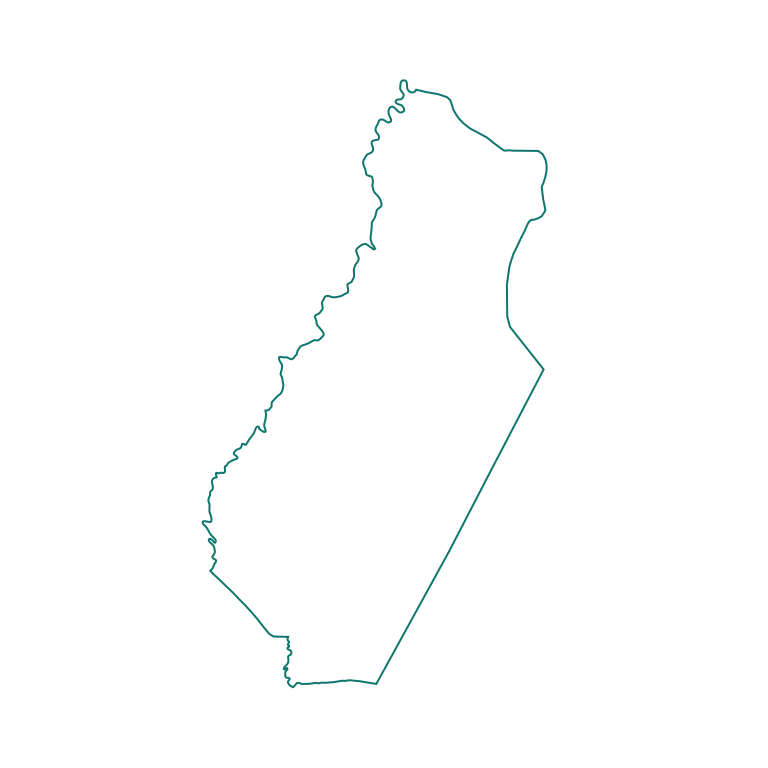 the district of Su-Ngai Kolok, Narathiwat, Thailand, rotated 162°
{"feature_id": "78962969B19527388455587", "entity_name": "Su-Ngai Kolok", "entity_type": "district", "adm_level": 2, "iso_a3": "THA", "parent_name": "Thailand", "parent_adm1": "Narathiwat", "projection": "natural_earth1", "projection_center": [102.011, 6.069], "detail": "fine", "context": "isolated", "style": "outline", "palette": "teal", "viewbox_px": 768, "rotation_deg": 162, "n_neighbors": 0, "source": "geoboundaries", "source_scale": "gbopen_adm2", "svg_char_len": 6166}
<svg xmlns="http://www.w3.org/2000/svg" viewBox="0 0 768 768"><g transform="rotate(162 384 384)"><path d="M606.9,260.2L606.1,258.1L592.0,232.0L587.7,222.9L584.4,216.4L580.3,207.5L576.9,199.1L573.6,190.0L570.4,181.9L567.1,178.0L553.3,173.1L554.3,171.8L554.8,170.5L554.7,169.7L554.0,168.3L554.0,167.7L555.4,166.6L555.9,165.7L555.9,165.3L555.2,164.4L555.2,163.9L555.6,163.4L557.1,163.1L557.5,162.5L557.5,161.9L557.2,161.3L555.5,159.8L555.1,159.1L555.1,157.5L555.4,156.2L556.4,155.4L558.5,155.0L559.2,154.6L559.7,153.7L560.3,150.5L561.1,148.9L562.5,147.5L565.9,145.7L566.9,144.8L567.3,144.1L567.3,143.7L566.9,143.4L564.5,143.9L564.0,143.7L563.9,143.3L563.9,142.9L564.3,142.3L566.1,141.2L566.8,140.5L567.4,139.3L568.0,137.4L568.1,136.2L567.8,135.1L567.4,134.7L565.5,134.0L565.0,133.5L564.8,133.0L564.9,132.5L565.2,132.1L567.0,130.9L567.5,130.2L567.6,129.7L567.5,128.8L566.8,126.7L564.4,123.8L563.6,123.9L559.4,126.4L558.9,126.5L558.1,126.4L557.1,126.0L555.1,124.2L550.0,122.6L547.6,121.9L541.1,120.8L538.4,119.4L536.0,119.4L532.6,118.1L526.4,116.6L523.9,116.0L515.4,114.7L513.3,113.8L508.3,112.9L499.5,109.1L484.0,101.1L373.5,205.0L315.5,262.3L227.7,348.5L246.5,399.3L246.0,409.9L236.5,440.3L228.7,456.4L226.2,460.3L220.5,468.0L214.5,474.1L208.5,480.6L202.7,486.4L197.8,491.9L196.0,493.5L193.5,494.6L189.9,493.9L186.1,494.0L182.4,494.7L178.8,497.5L176.8,499.5L175.8,507.2L175.6,510.2L173.1,522.8L170.3,525.9L166.4,531.4L163.6,536.4L161.8,541.6L161.1,547.2L162.0,553.5L165.3,558.0L189.9,566.3L192.3,567.4L197.5,568.8L201.1,573.4L205.3,579.5L210.0,586.7L223.5,600.8L227.7,607.1L230.6,613.0L232.0,617.4L233.3,623.5L233.1,631.1L233.4,633.9L235.5,637.4L242.9,642.9L254.2,648.9L262.5,654.0L263.8,652.8L264.7,652.5L266.6,652.4L268.0,652.9L269.2,654.0L269.9,655.1L270.5,656.7L270.5,658.4L269.3,663.0L269.3,664.3L269.6,665.4L270.4,666.3L271.9,666.9L273.2,666.8L274.0,666.4L274.7,665.7L275.4,664.7L277.3,660.1L277.4,658.9L277.2,657.8L275.9,653.9L276.1,652.4L276.8,651.4L277.9,650.3L279.2,649.7L280.1,649.6L283.3,650.3L284.4,650.2L284.8,650.0L285.4,649.5L285.8,648.7L285.7,647.8L285.1,646.8L283.9,645.6L281.8,644.2L280.8,643.0L280.3,641.9L279.9,639.7L280.1,638.4L280.5,637.6L281.0,637.3L282.7,636.9L284.1,637.0L284.9,637.4L285.8,638.2L286.5,639.3L288.4,643.1L289.1,644.1L290.4,645.3L291.9,645.4L292.9,645.1L293.9,644.2L295.2,642.5L295.7,641.3L296.1,639.6L296.0,637.2L295.5,633.6L295.7,632.6L296.2,631.7L297.2,631.3L298.9,631.3L300.1,632.1L302.5,635.0L303.6,636.0L305.2,636.5L306.4,636.4L307.0,636.1L307.6,635.7L309.5,633.3L311.5,631.5L312.8,629.9L313.4,628.7L313.6,627.5L313.6,626.1L312.5,623.2L312.2,621.5L312.4,620.5L313.2,618.8L313.6,618.5L314.5,618.3L318.9,618.8L319.9,618.7L320.4,618.4L320.9,617.9L321.4,616.7L321.6,615.1L321.4,612.5L321.9,610.4L322.5,609.3L323.2,608.7L324.2,608.1L328.8,607.5L330.3,606.7L333.8,603.6L335.1,601.9L335.4,601.1L335.8,599.4L335.5,593.3L336.1,589.0L335.7,588.1L333.8,586.4L332.0,585.4L331.5,584.5L331.6,581.8L331.8,580.3L332.7,578.3L333.9,575.9L334.2,571.4L333.8,568.9L332.0,565.3L331.2,563.4L330.7,561.3L330.5,559.8L330.7,555.9L331.2,554.5L331.9,553.9L333.1,553.3L336.2,552.1L337.0,551.6L338.9,548.8L340.1,546.7L341.9,544.5L344.8,542.2L345.7,541.1L347.1,537.3L351.9,526.5L352.2,521.3L351.2,518.4L350.6,515.4L351.4,515.0L352.4,515.4L356.1,520.5L357.8,522.6L358.6,523.1L359.9,523.3L363.1,523.0L367.1,521.5L368.9,520.2L369.4,519.3L369.4,515.2L369.1,512.4L369.2,511.2L369.7,510.2L371.0,508.6L374.6,506.0L375.3,505.2L377.0,502.8L377.8,500.9L378.5,497.8L379.1,496.1L379.9,494.5L383.5,491.0L386.7,490.5L387.9,490.0L388.2,489.5L388.4,488.7L389.0,484.3L389.2,483.7L390.1,482.3L390.7,482.0L393.2,481.8L397.1,480.9L400.8,481.2L403.3,481.5L406.2,482.4L409.5,484.8L410.9,485.4L412.5,485.4L413.8,484.8L415.1,483.3L417.3,481.2L417.9,480.4L418.1,480.0L418.3,477.9L418.8,475.2L419.5,474.1L422.7,471.8L424.3,471.1L427.9,470.5L428.9,469.6L429.0,467.9L428.8,465.0L429.4,462.4L429.4,461.1L429.2,460.4L426.2,453.0L425.9,451.6L426.0,449.6L426.8,448.8L428.1,448.0L429.8,447.0L433.1,445.8L436.9,447.3L441.4,446.5L443.5,446.0L448.3,445.9L450.6,445.8L451.8,445.5L453.4,444.4L456.1,442.1L458.1,438.9L459.4,438.5L461.7,436.7L463.6,436.1L464.4,436.1L465.0,436.5L466.1,437.4L467.6,439.0L468.4,439.5L470.7,440.1L474.6,442.0L475.3,441.9L475.9,441.1L476.1,438.8L476.0,437.5L475.2,434.7L475.2,433.2L476.4,430.1L477.3,428.5L478.2,427.4L479.3,425.4L479.1,422.8L479.1,420.3L479.4,418.9L479.8,415.3L480.1,413.8L481.5,411.2L482.6,409.4L483.9,407.9L485.3,406.7L488.6,405.6L495.1,402.1L496.2,401.3L496.9,400.2L497.8,397.5L498.1,397.1L501.5,395.0L503.1,394.9L504.9,395.4L505.3,393.9L505.5,391.8L505.7,391.2L507.2,387.8L510.0,383.3L510.8,381.5L511.0,379.4L511.0,376.3L511.5,375.3L512.6,375.3L513.4,375.8L516.4,379.4L516.5,379.7L516.3,381.2L516.4,382.1L517.3,382.5L518.4,382.4L519.3,381.8L522.6,377.9L524.5,376.3L526.8,374.6L529.2,373.1L531.3,371.1L534.3,368.9L534.8,369.0L536.1,370.5L537.1,370.8L537.8,370.3L539.2,368.3L540.5,367.4L541.9,367.1L544.3,367.1L545.5,366.6L547.2,365.7L548.1,364.8L548.3,363.5L546.2,360.2L546.1,359.1L546.4,358.6L547.2,358.4L552.1,358.1L554.8,357.6L556.4,357.2L558.9,355.1L560.3,354.9L560.8,354.5L561.3,353.6L561.6,352.1L562.1,350.2L562.6,349.6L563.4,349.1L564.6,349.1L566.1,349.9L566.9,350.1L568.7,350.1L570.2,351.1L571.1,351.2L571.5,351.0L571.6,350.6L572.0,347.0L574.4,347.2L575.8,346.7L576.6,346.2L577.3,345.3L577.9,344.3L578.6,338.8L579.3,337.1L580.0,336.5L582.1,335.5L582.6,335.0L583.9,332.0L586.3,329.0L586.9,327.8L587.2,326.6L587.1,323.8L587.3,322.9L589.0,318.1L589.4,316.6L589.5,314.8L589.4,312.0L589.7,309.1L590.7,306.9L591.2,306.5L591.9,306.4L597.2,309.0L597.8,309.2L598.6,309.1L599.1,308.6L599.3,308.0L599.3,306.7L599.0,306.0L597.7,303.9L596.9,301.5L595.8,296.1L595.2,293.8L592.7,288.8L592.4,287.6L592.5,286.7L592.8,285.9L593.1,285.5L593.5,285.3L594.1,285.4L594.6,285.7L595.4,288.3L596.6,290.0L597.0,290.4L597.7,290.6L598.3,290.5L598.8,290.0L598.9,289.2L598.8,287.9L598.2,286.7L596.5,283.7L596.1,282.5L596.0,281.1L596.5,277.2L597.2,275.7L597.7,275.1L600.4,273.0L600.7,272.5L600.7,271.9L600.5,271.0L598.5,268.9L598.3,268.2L598.4,267.7L598.7,267.0L601.3,264.8L604.0,261.6L605.4,260.7L606.9,260.2Z" fill="none" stroke="#0f766e" stroke-width="2"/></g></svg>